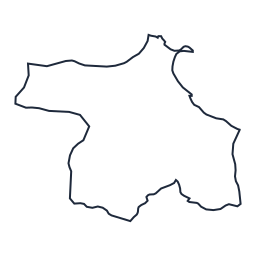 the Province of Sinop
{"feature_id": "TUR-2294", "entity_name": "Sinop", "entity_type": "Province", "adm_level": 1, "iso_a3": "TUR", "parent_name": "Turkey", "parent_adm1": "", "projection": "natural_earth1", "projection_center": [34.958, 41.65], "detail": "fine", "context": "isolated", "style": "outline", "palette": "slate", "viewbox_px": 256, "rotation_deg": 0, "n_neighbors": 0, "source": "natural_earth", "source_scale": "10m", "svg_char_len": 1728}
<svg xmlns="http://www.w3.org/2000/svg" viewBox="0 0 256 256"><path d="M28.0,63.6L46.9,66.2L65.8,61.0L71.9,60.5L74.5,61.2L79.2,63.5L84.9,65.4L106.8,66.6L115.3,65.7L124.0,63.2L126.7,61.8L132.9,57.1L138.9,53.7L143.8,48.0L147.6,41.0L148.6,34.9L150.9,35.7L155.6,36.5L157.7,37.7L158.1,36.4L158.8,36.1L159.8,36.2L161.1,36.2L162.3,38.6L164.0,40.4L165.2,41.9L164.5,43.4L164.5,44.7L170.6,49.3L174.4,50.8L179.2,50.5L180.9,49.5L183.6,46.8L185.4,46.2L187.8,46.6L189.4,47.5L192.8,50.5L192.8,51.9L183.9,50.9L179.8,51.3L176.4,53.9L174.9,57.1L173.4,61.6L172.5,66.4L172.3,70.3L173.4,73.5L177.9,81.2L182.8,87.4L191.7,94.5L191.7,95.9L189.5,95.9L190.5,98.6L192.1,102.0L194.2,104.8L199.0,107.1L203.8,112.6L206.4,114.5L216.2,118.3L223.3,119.4L226.0,121.1L231.3,125.8L237.4,129.0L239.7,129.7L239.7,129.8L233.3,143.7L232.5,154.2L235.2,164.2L235.6,170.3L235.0,176.4L235.9,181.2L238.1,185.4L239.3,191.5L240.6,203.9L237.4,206.3L228.9,204.2L225.6,205.5L220.5,209.0L213.4,210.1L206.2,209.4L201.1,206.7L198.2,203.6L196.8,202.9L189.3,202.0L187.7,200.9L189.5,198.4L184.1,195.8L181.5,194.0L180.4,192.1L180.1,188.4L179.1,184.7L177.7,181.6L175.9,180.0L174.1,183.0L169.9,185.2L161.1,188.5L155.7,193.4L153.7,194.3L149.5,194.5L147.9,195.3L146.4,197.0L147.6,200.7L145.1,203.2L141.3,205.0L138.7,207.0L138.2,208.4L137.9,211.9L137.4,213.4L136.7,214.6L133.8,217.1L130.3,221.1L111.5,215.4L108.7,213.7L106.9,210.6L102.7,207.7L97.8,206.5L92.4,207.8L86.8,206.8L84.0,203.9L80.4,203.2L74.3,203.6L69.9,198.4L71.2,171.3L69.5,167.2L68.5,163.3L70.0,155.3L73.2,148.3L78.1,143.7L83.4,140.2L89.2,126.4L80.0,114.9L69.1,111.9L49.0,110.9L39.1,108.2L31.9,107.5L26.0,107.7L15.4,103.7L15.7,96.8L24.0,87.5L28.7,75.4L28.0,63.6L28.0,63.6Z" fill="none" stroke="#1e293b" stroke-width="2"/></svg>